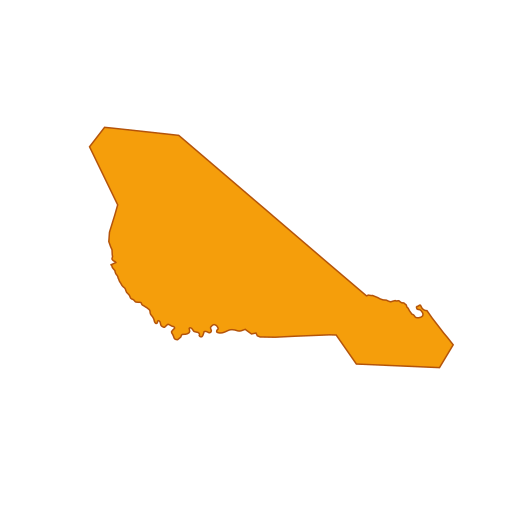 Kawerau District, Bay of Plenty, New Zealand, rotated 62°
{"feature_id": "76426892B43791511168362", "entity_name": "Kawerau District", "entity_type": "district", "adm_level": 2, "iso_a3": "NZL", "parent_name": "New Zealand", "parent_adm1": "Bay of Plenty", "projection": "natural_earth1", "projection_center": [176.702, -38.085], "detail": "fine", "context": "isolated", "style": "filled", "palette": "amber", "viewbox_px": 512, "rotation_deg": 62, "n_neighbors": 0, "source": "geoboundaries", "source_scale": "gbopen_adm2", "svg_char_len": 3695}
<svg xmlns="http://www.w3.org/2000/svg" viewBox="0 0 512 512"><g transform="rotate(62 256 256)"><path d="M381.4,133.5L380.2,133.9L379.0,133.9L377.6,133.9L376.7,133.9L376.3,134.3L376.2,135.0L376.4,136.4L376.1,137.4L376.4,138.3L377.3,138.6L378.4,138.7L379.2,138.1L379.9,137.2L380.6,136.4L381.2,136.1L382.4,135.8L383.4,135.7L384.5,135.6L385.5,135.8L386.4,136.3L387.1,137.0L387.4,138.2L387.4,139.4L386.8,141.7L386.3,142.5L385.7,143.3L385.1,143.9L384.5,144.1L383.5,144.2L382.4,144.4L381.5,144.8L380.6,145.6L376.6,146.2L373.4,146.2L372.4,146.6L372.0,146.7L371.7,146.7L370.7,146.5L370.1,146.4L369.4,146.4L368.8,146.7L368.0,147.1L367.5,147.2L367.1,147.4L366.6,147.8L366.0,148.9L365.6,149.4L364.2,150.2L363.6,150.4L363.1,150.6L362.7,150.8L362.3,151.3L362.1,151.9L361.5,153.4L360.7,154.0L360.1,156.4L359.7,158.6L358.1,160.2L356.2,161.6L354.4,164.4L352.2,166.5L349.9,168.0L345.6,171.6L345.1,172.7L343.2,175.3L343.2,176.1L343.2,176.6L343.0,177.2L292.4,197.2L228.2,222.4L227.6,222.6L224.0,224.0L205.8,231.2L113.2,267.6L75.5,323.0L71.3,329.3L81.4,351.7L145.9,354.1L153.8,361.7L166.2,374.2L174.2,379.2L179.5,380.0L182.9,380.2L187.5,382.4L189.0,382.8L190.9,384.5L191.6,384.6L193.1,384.2L194.1,383.6L194.8,383.0L195.4,382.8L196.0,382.8L195.7,387.7L195.6,388.0L196.1,388.1L197.4,387.9L198.3,388.2L198.9,388.2L200.2,388.0L202.4,387.5L203.1,387.5L203.6,387.8L205.6,388.1L206.9,388.0L207.6,387.8L209.1,387.7L210.8,388.1L211.7,388.1L213.9,388.4L214.7,388.4L216.8,388.2L218.4,388.2L219.4,388.1L220.9,387.7L221.6,387.4L222.3,387.1L223.1,386.9L223.8,386.9L225.9,387.2L227.4,387.3L230.5,386.4L231.3,386.3L232.1,386.3L234.0,386.5L234.6,386.4L235.2,386.1L235.8,385.8L236.5,385.1L237.7,384.5L239.5,384.1L240.0,383.9L240.8,382.9L241.5,381.8L242.0,381.0L242.2,380.5L242.6,379.9L243.1,379.5L243.5,379.4L244.2,379.4L244.5,379.5L245.4,379.5L245.8,379.4L247.0,378.7L247.7,378.2L249.3,377.4L250.0,376.8L250.9,376.5L252.6,375.7L253.9,375.3L255.2,375.6L256.7,376.2L258.0,376.4L259.5,376.2L260.9,375.9L262.3,375.8L264.0,375.9L265.6,376.3L266.6,376.5L267.4,376.4L268.2,376.3L268.7,375.9L268.9,375.1L268.4,374.2L267.6,373.7L267.2,373.0L267.3,372.5L268.1,371.9L269.3,371.7L272.1,372.4L273.0,372.4L274.1,372.0L275.1,371.3L275.7,370.8L276.0,370.2L275.0,366.5L275.0,365.7L276.0,364.8L278.7,363.0L279.3,362.2L280.0,361.7L280.8,361.5L281.5,361.8L281.9,362.8L282.3,364.3L282.8,365.4L283.3,366.2L284.4,366.5L286.0,366.4L287.8,366.5L290.0,366.8L291.0,366.7L291.9,366.1L292.7,365.2L293.1,364.5L292.3,360.6L290.8,358.8L290.7,357.8L292.0,354.9L292.4,353.3L292.4,352.1L292.3,351.1L291.5,350.0L290.5,349.6L289.6,349.3L288.7,349.1L288.3,348.5L288.6,347.6L289.7,346.8L291.3,346.5L292.5,346.4L293.4,346.2L294.3,345.4L296.3,343.1L297.4,342.6L298.2,342.5L299.1,343.0L299.6,343.5L300.4,343.4L301.2,343.0L301.7,342.3L301.8,341.4L301.3,340.4L300.1,339.0L298.5,337.4L298.6,336.4L299.4,335.3L300.3,334.5L301.4,333.8L302.0,333.0L302.1,332.1L301.9,331.4L301.5,330.9L300.8,330.4L299.1,330.2L298.1,329.9L297.5,329.4L297.1,328.3L296.8,327.4L296.7,326.6L296.7,325.8L297.0,325.1L297.5,324.5L298.2,324.0L298.9,323.6L299.7,323.4L300.7,323.3L301.7,323.3L302.4,323.5L302.8,323.9L302.9,324.7L303.2,325.2L303.6,325.8L304.0,326.1L304.7,326.3L305.2,326.1L305.7,325.7L306.4,324.9L307.0,324.1L307.8,322.3L308.1,321.4L308.3,320.2L308.5,318.8L308.7,315.3L308.9,313.9L309.3,312.8L309.8,311.7L311.4,309.4L313.5,307.3L314.1,306.5L314.6,305.6L314.9,304.8L315.1,304.0L315.7,299.9L316.5,299.6L322.7,296.6L324.0,292.2L327.1,292.3L329.4,290.4L336.7,277.2L345.2,259.1L360.2,227.9L363.4,222.3L398.5,218.1L440.7,146.4L427.0,123.6L417.9,125.2L411.9,126.5L407.0,127.3L393.5,129.6L384.5,130.7L383.8,131.8L382.8,132.8L381.4,133.5Z" fill="#f59e0b" stroke="#b45309" stroke-width="1.5"/></g></svg>